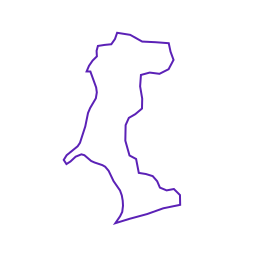 SVG path tracing the border of La Estrelleta, rotated 336°
{"feature_id": "DOM-1972", "entity_name": "La Estrelleta", "entity_type": "Province", "adm_level": 1, "iso_a3": "DOM", "parent_name": "Dominican Republic", "parent_adm1": "", "projection": "mercator", "projection_center": [-71.627, 18.975], "detail": "fine", "context": "isolated", "style": "outline", "palette": "violet", "viewbox_px": 256, "rotation_deg": 336, "n_neighbors": 0, "source": "natural_earth", "source_scale": "10m", "svg_char_len": 965}
<svg xmlns="http://www.w3.org/2000/svg" viewBox="0 0 256 256"><g transform="rotate(336 128 128)"><path d="M57.1,135.9L56.3,131.0L60.9,127.9L74.6,124.2L78.1,122.0L89.6,109.2L97.6,98.0L101.6,94.3L110.7,87.8L114.0,82.8L115.4,78.0L116.6,61.1L113.2,59.5L117.7,55.3L123.1,52.0L128.7,49.9L130.7,44.7L133.9,40.8L140.5,42.6L146.8,44.7L152.3,41.4L156.8,36.6L167.9,43.8L176.1,54.8L188.0,60.8L199.7,67.1L197.9,75.6L197.3,84.3L189.0,90.8L178.8,91.3L170.4,86.2L161.4,84.8L156.0,94.9L152.9,107.0L148.7,115.9L140.4,118.3L132.9,119.1L127.0,124.4L120.4,138.5L118.2,153.7L122.8,159.6L119.6,173.4L125.6,177.3L131.0,182.0L133.0,188.5L132.9,195.4L137.9,200.7L145.1,202.4L148.2,210.4L144.4,219.4L127.6,215.7L110.5,214.4L92.5,211.6L77.7,209.8L84.9,205.4L88.6,202.3L91.8,197.0L93.6,192.3L94.9,187.1L95.3,181.8L93.2,170.7L92.9,159.3L91.4,154.1L89.5,151.5L83.4,145.9L80.9,143.1L77.1,135.1L74.7,133.1L68.5,132.9L61.8,135.2L57.1,135.9Z" fill="none" stroke="#5b21b6" stroke-width="2"/></g></svg>